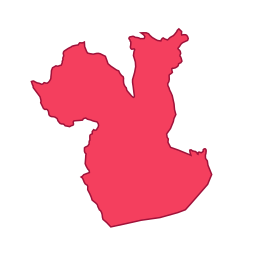 the district of Bossangoa, Ouham, Central African Republic, rotated 345°
{"feature_id": "33826404B90258922405871", "entity_name": "Bossangoa", "entity_type": "district", "adm_level": 2, "iso_a3": "CAF", "parent_name": "Central African Republic", "parent_adm1": "Ouham", "projection": "robinson", "projection_center": [17.361, 6.343], "detail": "fine", "context": "isolated", "style": "filled", "palette": "rose", "viewbox_px": 256, "rotation_deg": 345, "n_neighbors": 0, "source": "geoboundaries", "source_scale": "gbopen_adm2", "svg_char_len": 4324}
<svg xmlns="http://www.w3.org/2000/svg" viewBox="0 0 256 256"><g transform="rotate(345 128 128)"><path d="M50.2,80.9L51.4,87.3L52.6,88.6L53.9,88.7L54.9,89.5L55.4,91.1L55.3,92.7L55.1,94.8L55.8,96.2L56.9,97.1L59.1,97.9L60.2,98.5L62.0,100.5L62.2,102.9L63.0,104.8L63.6,106.0L64.9,106.9L66.0,107.2L67.0,107.8L67.9,109.6L70.4,110.8L71.9,111.6L73.1,111.3L74.0,111.1L75.4,111.1L75.6,110.9L76.1,110.7L76.4,110.0L76.6,108.0L77.7,107.1L83.5,108.2L86.1,108.6L87.4,107.4L89.8,107.4L91.1,109.0L93.9,110.5L96.0,112.1L98.1,113.3L99.5,113.9L100.4,116.1L100.2,118.0L99.3,119.5L98.1,120.5L97.1,121.6L95.5,121.7L94.4,120.7L92.5,122.2L92.0,124.3L90.5,124.6L89.7,124.9L89.1,125.7L88.7,127.2L88.4,128.5L88.0,129.9L87.2,130.6L86.7,131.9L86.3,133.4L84.4,135.0L81.8,135.4L80.8,135.9L79.9,139.1L80.0,140.7L80.8,142.2L80.2,143.3L79.5,145.5L77.4,151.4L77.7,153.8L78.1,155.5L78.6,157.4L79.3,158.5L79.4,159.8L79.2,161.0L73.3,161.6L71.4,162.8L70.0,163.2L71.1,164.7L71.5,167.5L71.7,169.1L72.2,170.9L73.0,171.9L73.9,172.8L74.0,174.3L73.6,175.4L73.1,177.2L73.5,179.1L74.1,181.8L74.6,185.3L74.7,188.3L75.9,190.0L77.3,191.9L78.5,194.0L78.6,196.4L79.2,199.7L80.1,200.7L80.6,203.0L80.6,205.2L80.2,207.7L80.2,209.8L81.6,211.8L83.0,213.9L85.8,219.1L107.0,220.1L116.9,220.5L135.7,222.8L154.2,222.6L162.3,221.8L169.5,217.1L187.0,205.3L190.3,203.1L194.0,198.2L196.8,194.6L195.6,184.6L196.1,180.3L195.0,177.4L195.8,174.0L196.5,173.1L197.6,170.3L197.7,168.9L197.1,168.0L196.3,167.9L196.1,167.9L195.0,168.5L194.6,169.7L194.5,170.1L192.8,170.7L192.3,170.8L191.9,170.6L191.0,169.9L190.2,169.6L189.8,169.9L189.2,170.2L188.8,171.4L188.3,170.9L188.2,169.6L186.9,168.0L186.2,167.8L184.9,167.0L184.5,167.0L183.4,165.5L182.5,165.3L181.9,165.4L181.7,166.7L181.6,168.2L181.7,170.6L171.1,162.5L164.1,157.7L162.9,152.1L164.1,149.0L163.4,147.1L163.8,143.7L168.9,139.5L173.4,133.6L174.8,130.8L177.7,127.4L177.7,122.3L178.7,116.6L179.1,108.2L178.6,104.8L178.0,102.1L178.0,100.1L177.5,97.3L177.8,95.5L179.5,93.7L180.5,91.6L181.0,89.2L181.4,87.6L182.1,87.1L183.0,86.8L184.2,86.4L185.3,85.7L185.3,83.6L185.4,83.2L185.8,81.9L186.6,81.8L187.5,82.1L189.4,82.1L191.4,81.5L192.2,81.1L193.2,79.9L193.5,79.0L194.6,78.8L195.9,78.6L197.4,77.4L197.4,76.8L197.4,74.6L197.3,73.2L196.8,71.9L197.0,71.1L197.6,70.4L198.2,69.6L198.3,67.8L198.1,66.8L197.8,66.1L197.0,65.0L196.8,64.1L197.4,63.5L198.6,62.8L200.7,60.8L202.6,59.8L204.1,59.5L206.4,59.1L208.2,58.8L209.3,57.3L209.3,55.6L208.7,53.7L207.9,52.9L206.2,52.3L204.0,52.1L204.0,51.0L204.8,48.7L202.8,45.4L201.6,46.0L200.8,46.5L200.4,47.0L200.2,47.4L197.4,49.5L195.8,50.5L193.4,51.1L192.0,51.5L189.0,53.2L186.4,51.4L185.5,50.3L185.3,50.1L184.4,50.3L183.0,51.3L182.7,51.9L182.3,52.4L179.2,51.1L177.6,49.7L174.8,46.8L173.1,44.2L172.2,42.2L170.3,40.8L167.9,40.1L165.2,39.5L166.8,41.5L167.6,42.8L167.9,44.1L166.9,45.7L165.9,45.6L164.1,45.1L163.0,44.9L161.9,43.9L160.8,43.2L159.8,42.8L158.3,42.2L157.4,41.2L156.6,40.7L155.7,40.6L154.6,40.6L153.9,40.5L153.0,40.6L152.1,41.5L152.1,42.3L152.5,43.1L152.7,43.7L152.6,44.6L153.0,45.6L152.7,46.7L152.2,48.3L151.8,49.2L151.4,49.9L151.2,50.8L151.3,51.9L151.9,52.8L152.4,52.9L153.6,53.1L154.3,53.1L154.7,53.6L154.7,54.2L154.2,54.9L153.9,55.2L153.4,56.1L152.0,59.4L152.2,66.1L151.3,70.7L148.8,76.0L144.9,82.5L144.2,85.1L143.7,89.4L142.8,95.9L142.5,98.4L142.5,98.7L142.1,99.4L141.8,99.7L141.3,99.9L140.6,99.3L139.7,98.0L139.1,96.7L137.1,92.5L136.6,91.2L136.7,89.5L136.7,88.7L135.9,87.2L135.4,84.8L135.5,82.9L136.0,80.5L136.6,78.8L136.6,77.2L135.4,75.7L134.3,73.2L133.8,70.4L132.0,69.1L127.3,63.7L125.3,60.7L125.1,57.5L124.7,52.9L122.2,50.7L120.4,49.1L118.7,48.2L116.7,47.8L113.5,47.7L110.4,46.3L108.3,45.1L107.8,43.2L107.2,38.2L108.1,33.7L106.4,34.0L105.2,33.8L104.2,33.4L103.4,33.2L102.3,34.0L101.5,34.8L100.5,34.8L99.1,34.6L97.6,34.5L95.3,34.5L94.0,35.0L91.1,35.6L89.5,36.1L86.4,37.1L85.4,37.9L84.7,39.3L84.7,40.8L84.5,41.8L83.3,43.3L83.0,44.1L82.9,45.1L81.7,46.6L81.4,47.9L79.8,50.0L78.1,50.0L76.4,50.2L75.5,49.9L74.5,49.3L70.7,50.3L69.2,52.3L68.8,53.0L68.1,55.3L66.8,58.6L66.4,59.9L65.8,60.9L65.0,61.7L63.9,62.7L62.9,63.3L61.7,63.8L60.8,63.6L59.9,63.2L59.3,62.7L58.6,62.5L57.4,63.3L56.0,63.5L55.6,63.2L54.1,62.0L53.2,61.5L51.9,60.9L50.5,59.7L49.8,59.0L49.0,58.2L48.0,58.0L46.7,58.1L46.9,61.5L47.2,62.6L46.9,64.5L51.1,75.0L51.1,77.9L51.0,79.5L50.2,80.9Z" fill="#f43f5e" stroke="#9f1239" stroke-width="1.5"/></g></svg>